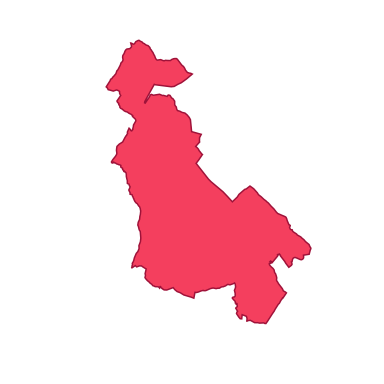 Schitu Golesti, Arges, Romania, rotated 126°
{"feature_id": "2599482B88468084359717", "entity_name": "Schitu Golesti", "entity_type": "district", "adm_level": 2, "iso_a3": "ROU", "parent_name": "Romania", "parent_adm1": "Arges", "projection": "equal_earth", "projection_center": [25.003, 45.176], "detail": "fine", "context": "isolated", "style": "filled", "palette": "rose", "viewbox_px": 384, "rotation_deg": 126, "n_neighbors": 0, "source": "geoboundaries", "source_scale": "gbopen_adm2", "svg_char_len": 6005}
<svg xmlns="http://www.w3.org/2000/svg" viewBox="0 0 384 384"><g transform="rotate(126 192 192)"><path d="M289.2,196.2L284.9,194.6L285.1,192.7L282.7,191.1L281.5,189.5L281.5,187.7L281.2,183.8L285.7,181.9L286.4,181.0L287.2,180.4L288.8,179.8L289.3,178.7L289.9,176.1L290.1,173.2L290.4,172.3L290.3,170.3L290.7,169.1L290.8,168.5L290.4,167.5L290.3,166.5L289.9,165.6L289.1,164.6L288.4,163.2L288.8,161.8L287.6,162.1L287.1,162.1L287.0,161.8L287.6,160.8L287.7,160.4L287.6,159.9L287.7,159.5L287.5,159.1L287.7,158.8L287.6,157.0L286.1,154.8L280.4,151.0L281.1,148.6L281.3,145.5L280.4,142.4L280.1,138.1L277.6,131.0L276.8,128.1L271.4,130.6L270.7,129.3L269.1,128.0L266.8,126.6L265.0,125.1L264.9,124.4L263.7,122.9L259.3,120.3L258.0,119.2L257.2,118.4L256.1,115.9L255.7,115.4L254.9,114.8L253.6,113.2L251.7,112.5L250.9,111.8L250.5,111.2L248.1,109.6L247.2,109.4L245.7,108.7L244.8,106.7L241.7,104.6L240.6,104.1L241.1,102.9L243.1,101.0L244.4,100.4L246.6,99.9L248.7,97.4L249.3,97.1L249.8,96.5L250.8,96.0L251.5,95.9L252.2,96.2L252.7,96.8L253.4,97.2L254.1,97.1L254.6,95.6L255.1,92.8L256.4,91.6L255.9,90.2L256.9,90.1L256.7,89.1L258.1,88.0L259.6,88.4L260.3,88.3L261.7,85.0L262.3,85.1L264.0,84.7L264.3,84.3L265.7,80.6L266.2,78.5L265.4,77.2L261.8,79.3L261.3,77.6L260.6,74.9L262.1,73.0L264.2,71.8L263.9,71.4L263.1,71.0L262.5,70.5L261.5,69.3L260.9,64.6L260.0,63.2L259.3,62.4L258.3,60.2L255.7,57.0L255.6,55.9L255.0,54.9L252.5,54.9L243.6,55.4L239.9,55.5L238.3,55.8L232.0,56.2L230.7,55.9L227.3,56.4L225.7,56.3L224.4,56.5L224.3,56.1L218.1,56.3L218.0,57.5L218.3,60.0L217.4,61.5L217.0,62.4L215.4,67.9L214.5,69.9L214.0,71.3L213.4,72.0L211.6,73.0L210.6,74.2L209.0,76.4L208.6,77.8L206.8,79.8L206.2,81.6L206.0,84.0L205.5,86.2L204.7,87.3L202.5,85.9L202.8,88.0L201.7,87.9L201.4,85.7L200.1,85.5L193.6,85.1L192.9,85.3L192.7,85.9L191.8,85.7L191.8,85.1L190.8,84.8L191.2,83.3L191.6,83.2L193.7,76.1L194.5,74.4L196.0,69.4L193.0,68.5L191.9,68.5L190.7,69.5L190.2,70.5L189.7,70.3L189.3,70.2L187.4,71.1L186.0,71.2L185.4,71.0L184.4,70.2L183.9,68.8L183.1,65.0L182.8,64.2L182.4,63.6L181.8,63.2L180.9,62.9L179.7,63.0L178.7,63.7L177.6,64.7L173.5,60.6L169.5,62.2L168.0,62.5L167.2,63.4L167.0,64.3L165.7,66.4L165.4,71.1L164.8,73.4L164.7,75.8L164.4,77.7L164.9,81.6L164.5,82.7L164.7,86.4L164.6,87.3L164.3,88.0L163.7,88.6L163.7,88.9L164.2,89.5L164.3,90.4L164.0,91.2L163.2,92.3L161.8,92.6L161.3,92.9L161.3,93.8L161.5,94.3L159.3,98.0L157.9,99.8L157.2,101.1L157.2,102.0L159.0,110.0L158.7,111.9L157.5,116.0L157.0,119.5L156.0,123.8L155.9,126.2L155.7,126.9L155.7,129.4L155.2,133.2L155.1,136.7L154.3,138.5L153.1,144.0L153.1,148.6L157.6,149.9L158.9,150.9L166.3,152.6L169.5,152.4L176.2,153.6L174.8,160.5L173.6,167.1L172.5,182.6L171.9,186.3L166.4,205.5L162.2,205.4L155.5,205.6L155.5,206.4L154.3,210.7L153.6,211.9L153.1,214.1L153.0,215.8L147.0,215.2L146.7,215.7L143.6,217.8L139.9,218.4L143.4,227.8L134.4,235.8L133.3,238.1L132.5,241.2L132.3,244.1L133.5,247.0L133.8,249.4L134.6,251.4L134.3,252.6L133.6,253.5L132.5,254.6L132.0,256.5L131.4,257.4L128.7,259.4L127.7,262.4L127.9,263.8L126.8,266.5L127.2,267.8L127.7,268.3L129.3,268.3L130.6,271.9L131.3,272.6L132.0,275.7L136.4,280.1L136.9,282.2L138.0,282.8L140.2,282.3L147.6,282.1L147.7,282.8L146.5,283.4L127.1,285.8L126.9,284.9L119.1,270.7L117.1,268.5L113.1,266.7L109.9,264.9L103.8,262.9L96.4,261.1L96.7,262.8L97.4,264.0L97.6,265.0L97.9,265.5L98.0,266.2L97.6,267.2L97.4,268.6L96.2,270.7L95.4,272.8L95.5,274.0L95.2,275.4L93.2,281.9L93.2,283.0L94.0,284.2L95.1,285.3L96.9,286.4L98.3,286.7L99.8,288.8L101.1,290.9L101.9,291.4L102.3,291.8L102.7,292.6L103.3,295.1L104.4,296.3L105.5,297.3L105.7,297.7L105.8,298.3L105.5,299.6L105.2,300.2L103.8,302.3L103.1,303.9L102.2,305.4L101.6,307.2L101.0,308.6L100.8,309.7L100.6,310.1L99.9,310.9L99.8,311.2L99.4,313.6L100.0,315.2L100.1,316.3L100.0,317.7L100.3,319.1L100.0,320.7L100.4,322.4L100.4,324.0L101.0,324.6L103.3,325.8L105.8,325.7L106.7,326.1L107.0,326.5L107.1,328.2L107.5,329.1L109.4,326.8L110.1,326.3L110.7,326.3L112.6,326.6L114.5,328.6L115.0,328.9L116.2,329.1L117.4,329.0L119.9,328.3L122.0,328.2L122.6,328.0L123.7,327.4L125.6,325.5L127.2,325.0L129.4,325.3L131.4,324.6L136.6,323.8L138.2,324.0L141.0,323.1L144.8,323.4L145.5,323.6L147.5,323.5L148.1,323.9L148.8,324.1L149.6,323.7L157.4,323.2L157.5,321.9L158.5,319.9L158.0,318.8L156.6,315.0L153.8,313.0L153.4,311.7L153.2,309.8L154.7,308.6L155.3,307.6L155.8,306.4L162.5,306.2L163.0,305.5L163.4,304.2L163.3,303.9L163.4,303.4L163.7,303.0L164.0,302.9L164.3,302.6L165.0,300.8L165.9,300.1L166.2,299.0L166.2,298.6L165.9,297.4L166.1,296.8L166.0,295.6L166.2,294.7L166.0,293.1L165.4,291.6L165.3,290.7L165.4,289.5L165.3,289.3L165.2,288.3L165.0,287.5L164.9,286.2L165.1,285.7L165.1,284.9L165.6,284.9L165.9,284.1L166.3,280.8L166.9,279.7L167.6,279.2L172.2,278.7L173.6,277.9L175.8,277.0L176.2,276.6L178.0,276.7L178.2,277.1L178.2,277.9L177.8,278.1L177.6,279.0L177.4,280.4L181.6,279.5L182.5,278.5L183.7,278.5L184.4,278.2L185.4,278.4L187.7,278.2L192.3,277.5L196.0,279.0L199.2,279.5L201.0,278.6L202.7,277.6L204.8,275.6L205.9,275.1L208.1,274.9L212.2,275.1L214.9,274.9L215.5,274.3L215.4,273.5L215.0,273.0L214.6,272.9L214.1,273.2L213.8,272.9L214.0,271.9L213.5,270.8L213.6,269.6L213.1,268.2L213.0,267.4L212.6,266.7L212.3,265.2L213.4,264.5L213.7,264.2L213.8,263.7L213.6,262.2L214.6,261.3L214.8,260.3L214.8,259.5L215.4,259.3L215.4,258.5L215.0,258.0L215.2,256.9L215.5,256.4L216.5,255.4L218.1,254.2L219.8,252.3L220.7,251.1L223.0,249.4L223.0,248.6L222.7,247.8L222.7,247.5L223.7,246.4L224.0,245.3L225.0,244.8L227.5,244.3L228.0,243.6L229.0,241.6L230.2,240.9L230.2,240.6L229.5,239.3L229.5,238.8L230.3,237.8L230.4,237.3L231.4,235.9L231.6,235.2L232.2,234.5L233.2,232.6L233.7,230.7L233.6,229.5L234.4,227.5L234.7,226.6L234.6,226.0L235.9,224.0L236.8,223.2L237.4,222.4L240.5,220.6L242.4,219.8L245.0,218.3L248.1,217.7L250.6,216.4L251.4,215.1L253.6,212.5L254.4,210.6L259.4,206.3L262.6,204.5L266.6,203.4L268.8,201.6L272.0,200.8L274.4,201.0L279.2,199.9L281.6,198.9L283.3,198.5L284.8,198.4L285.8,197.4L286.8,197.2L288.3,196.3L289.2,196.2Z" fill="#f43f5e" stroke="#9f1239" stroke-width="1.5"/></g></svg>